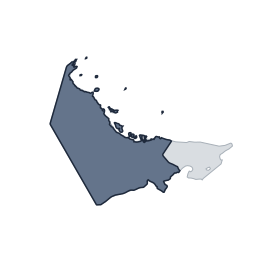 where Abu Dhabi sits in United Arab Emirates, rotated 52°
{"feature_id": "ARE-349", "entity_name": "Abu Dhabi", "entity_type": "Emirate", "adm_level": 1, "iso_a3": "ARE", "parent_name": "United Arab Emirates", "parent_adm1": "", "projection": "robinson", "projection_center": [53.623, 23.935], "detail": "fine", "context": "in_parent", "style": "filled", "palette": "slate", "viewbox_px": 256, "rotation_deg": 52, "n_neighbors": 0, "source": "natural_earth", "source_scale": "10m", "svg_char_len": 8131}
<svg xmlns="http://www.w3.org/2000/svg" viewBox="0 0 256 256"><g transform="rotate(52 128 128)"><path d="M211.2,73.4L213.6,76.8L214.1,99.8L214.6,101.5L213.4,101.7L212.0,103.5L210.3,106.2L208.1,107.6L206.3,109.1L204.6,111.1L203.0,111.5L201.0,109.0L199.7,106.5L200.0,105.9L200.9,105.8L201.3,104.5L200.7,102.6L199.4,101.8L197.7,101.8L196.1,102.6L194.3,104.3L193.4,106.1L193.2,109.7L193.7,113.8L193.7,115.8L192.8,118.3L192.4,121.9L193.1,124.7L193.7,126.4L193.8,127.8L192.2,132.3L193.6,133.1L198.3,133.4L199.6,136.4L200.6,138.5L200.3,139.8L197.0,140.7L192.9,141.7L189.9,141.4L184.6,142.8L181.7,144.9L182.6,146.2L183.6,147.2L184.0,150.0L183.2,153.9L181.7,157.8L179.8,162.5L177.6,168.0L174.7,176.3L172.2,182.8L171.9,187.4L172.0,190.5L171.7,196.6L169.3,199.9L168.8,200.0L165.9,199.6L164.9,199.5L162.2,199.1L157.9,198.5L152.4,197.7L145.9,196.8L138.6,195.8L130.9,194.7L122.8,193.5L114.8,192.4L107.0,191.3L99.8,190.3L93.2,189.4L87.7,188.6L83.5,188.0L80.8,187.6L79.8,187.5L76.8,187.0L75.1,184.8L73.1,182.0L71.2,179.3L69.2,176.5L67.2,173.8L65.2,171.1L63.3,168.3L61.3,165.6L59.3,162.8L57.3,160.1L55.4,157.4L53.4,154.6L51.4,151.9L49.4,149.2L47.5,146.4L45.5,143.7L43.5,140.9L42.2,139.1L41.5,137.0L41.4,131.6L41.4,130.4L42.7,128.3L43.3,129.8L44.8,131.9L47.3,131.4L48.5,131.8L49.4,139.3L51.2,141.9L53.5,143.0L61.1,143.6L65.9,142.6L75.3,137.7L80.2,135.9L93.8,136.2L104.7,138.3L121.7,139.5L125.0,139.2L134.2,135.2L139.8,131.8L143.1,130.8L145.3,127.4L146.8,123.1L148.1,120.2L149.7,118.8L151.3,116.4L152.5,112.5L155.7,108.5L168.3,98.9L175.6,90.7L176.3,88.1L180.3,84.1L183.5,79.8L198.4,67.4L201.4,62.3L203.1,56.6L203.3,56.2L204.6,55.9L206.5,56.8L206.7,61.1L206.0,65.1L206.0,69.4L205.7,71.7L207.1,73.6L209.5,74.5L210.5,74.4L211.2,73.4ZM210.8,90.8L211.0,89.0L210.6,88.0L209.0,87.9L208.4,89.4L208.2,91.7L209.3,91.9L210.8,90.8ZM126.3,135.0L126.3,136.4L122.6,136.0L121.6,136.7L118.6,136.3L115.7,135.3L117.7,133.6L122.9,131.6L125.0,133.4L126.3,135.0ZM104.8,131.6L102.2,131.8L99.7,130.2L104.8,128.1L106.2,127.2L107.7,125.2L108.9,126.9L107.6,129.5L106.6,130.7L104.8,131.6ZM145.6,123.9L145.3,124.7L144.3,124.6L141.7,123.9L140.9,122.7L142.5,121.3L143.2,121.2L144.2,122.7L145.6,123.9ZM79.1,130.3L78.5,130.6L77.8,128.4L77.9,127.7L79.5,126.7L80.6,128.5L79.1,130.3Z" fill="#d9dde1" stroke="#a8b0b8" stroke-width="1"/><path d="M193.6,113.4L194.1,114.7L194.2,115.5L193.2,116.5L193.0,117.9L192.5,118.5L192.1,119.1L192.2,119.9L192.6,121.7L192.6,124.0L192.7,124.6L192.9,124.9L193.6,125.4L193.9,125.8L194.0,126.1L193.9,128.2L193.6,128.8L192.3,131.4L192.0,132.1L192.0,132.8L192.5,133.0L194.7,133.5L195.3,133.6L197.3,132.7L198.4,133.2L199.0,134.7L199.4,136.5L200.8,139.0L200.4,139.7L198.1,140.3L193.9,142.1L193.2,142.0L192.3,141.2L191.7,141.3L191.1,141.6L190.5,141.6L189.3,141.4L188.1,141.4L187.1,141.6L186.1,142.0L184.4,143.0L182.9,143.6L181.3,143.9L181.2,144.6L181.5,145.3L182.1,145.9L183.4,146.7L184.0,147.6L184.1,148.8L184.3,152.0L184.1,152.6L182.4,155.2L182.1,155.9L180.9,161.1L180.5,161.9L179.1,163.5L178.4,164.6L178.0,166.0L177.3,170.2L176.5,172.7L173.1,179.1L172.0,183.2L171.9,184.4L172.1,190.5L171.7,196.6L169.3,200.0L168.8,200.1L77.8,187.1L76.9,186.8L76.2,186.1L42.2,139.1L41.7,138.1L41.5,137.1L41.6,133.3L41.4,131.7L42.2,130.5L42.2,128.7L41.6,127.2L42.3,126.3L42.6,127.0L43.4,128.2L43.5,129.0L43.5,131.5L43.7,132.9L44.2,133.3L44.8,132.7L45.1,130.8L45.4,131.3L45.7,132.6L45.9,133.0L46.1,133.1L46.4,133.2L46.7,133.1L46.9,132.9L47.0,132.7L46.8,132.6L47.5,130.8L48.2,130.3L49.0,131.5L49.0,132.4L48.7,135.0L48.7,136.0L49.2,138.1L49.1,139.9L49.2,140.4L49.6,141.2L49.6,141.6L50.0,142.4L50.9,142.6L52.6,142.7L53.0,142.8L53.3,143.0L54.3,143.9L54.6,143.9L54.7,143.7L54.5,143.4L54.4,142.9L55.2,142.8L57.2,142.9L57.5,142.8L58.2,143.4L59.3,143.9L61.1,143.6L61.7,143.8L62.1,143.6L62.5,143.8L63.0,143.5L64.9,143.5L65.5,143.3L66.9,142.3L67.5,142.2L68.7,142.2L69.1,142.1L70.5,140.8L71.6,140.5L72.3,140.2L72.9,139.8L73.3,138.9L74.4,138.4L76.0,136.9L76.7,136.5L77.2,136.4L77.6,136.0L77.8,134.1L78.5,133.6L79.1,133.9L79.7,134.5L81.0,136.4L81.4,136.5L81.7,136.2L82.0,136.0L82.8,136.1L84.3,136.5L85.0,136.6L85.5,136.6L86.7,136.0L87.1,136.0L87.9,136.4L91.0,136.6L92.6,136.0L92.8,135.9L92.9,135.5L93.1,135.5L93.3,135.6L93.6,136.0L94.6,137.0L95.3,137.3L96.7,136.6L97.5,136.9L98.1,137.3L98.7,137.2L98.3,136.9L98.1,136.5L98.0,135.5L98.8,135.3L99.8,135.7L100.6,136.5L101.2,137.2L101.7,138.1L102.0,138.3L104.0,138.4L108.6,137.4L108.9,137.4L109.2,137.6L109.7,138.2L110.1,138.5L110.6,138.6L111.1,138.6L111.6,138.4L112.2,138.9L112.9,139.2L113.5,140.1L113.8,140.4L114.1,140.4L114.9,140.4L115.5,140.0L116.5,140.4L118.2,139.5L119.2,139.8L123.6,139.8L124.5,139.7L124.9,139.3L127.1,138.1L129.4,137.7L130.1,137.3L130.8,137.1L131.8,136.6L133.3,136.4L134.4,135.5L135.0,134.8L135.2,134.2L135.6,133.9L138.0,133.2L139.9,131.7L140.2,131.6L140.5,131.1L141.2,131.1L142.6,131.8L142.9,131.3L144.2,130.2L144.9,129.2L146.3,126.2L146.1,125.1L146.2,124.6L146.8,124.3L146.3,124.0L146.3,123.7L146.9,123.8L147.8,124.2L148.3,124.3L148.1,123.8L147.4,123.1L147.3,122.6L148.9,123.3L149.3,123.7L149.5,123.7L149.4,122.6L148.7,122.3L147.8,122.2L146.8,122.0L144.7,120.5L143.9,120.3L143.9,120.0L144.3,119.9L144.7,119.6L145.1,119.1L145.3,119.7L145.6,120.0L145.5,119.6L145.6,119.2L146.1,118.6L146.3,118.6L146.6,119.7L147.3,120.9L148.2,121.6L149.0,121.4L148.3,120.8L148.7,120.9L149.5,121.1L149.8,121.1L150.2,120.4L150.4,120.3L151.7,117.4L151.1,117.1L150.9,116.8L151.0,116.4L151.6,116.3L152.0,116.0L152.1,115.5L152.3,114.9L153.0,114.6L153.0,114.3L152.6,114.1L152.2,112.6L152.4,112.3L151.9,111.8L152.0,111.1L152.3,110.7L153.7,109.7L154.1,109.0L154.3,108.8L155.4,109.4L155.9,109.3L156.5,108.9L156.6,108.3L156.2,107.7L160.1,105.3L161.8,103.9L162.9,102.8L163.6,102.3L165.0,101.9L165.3,102.3L169.8,115.8L170.1,116.6L170.6,117.2L171.3,117.4L172.0,117.5L179.6,117.2L180.6,117.0L181.7,116.5L184.1,115.1L188.1,113.3L188.9,112.8L191.7,113.5L193.2,113.5L193.6,113.4ZM117.5,135.9L115.9,135.7L115.5,135.5L115.5,135.2L116.0,134.6L116.5,134.3L117.7,133.8L118.4,133.1L118.9,132.8L119.5,132.6L119.8,132.6L120.6,132.9L120.8,132.8L121.7,132.0L123.1,131.4L123.4,130.9L123.6,131.4L123.4,131.8L123.9,132.6L125.0,133.3L126.2,133.6L127.2,134.0L127.6,135.2L127.1,136.1L126.0,136.6L124.7,136.5L123.6,136.0L123.7,135.7L123.4,135.1L123.0,135.0L122.6,135.8L122.9,136.0L121.9,136.7L120.7,137.0L119.6,136.8L117.5,135.9ZM104.5,131.4L104.0,130.8L103.5,130.7L102.8,130.3L102.4,131.0L100.6,130.7L99.6,130.9L99.5,130.6L99.5,130.4L99.8,129.8L99.9,129.7L101.2,130.0L101.6,130.0L102.5,129.5L102.9,129.2L104.7,128.4L105.0,128.4L105.4,129.0L105.7,129.2L106.1,129.1L106.1,128.6L106.1,128.2L105.9,127.7L107.2,125.6L107.9,125.1L108.1,126.0L109.0,126.5L108.7,128.1L108.3,128.7L106.8,129.4L106.2,129.8L105.3,129.9L104.8,130.3L104.8,130.8L104.5,131.4ZM77.0,128.7L78.0,127.3L78.9,126.8L79.7,127.1L80.1,127.7L80.3,128.8L80.2,129.5L79.5,130.5L78.2,131.8L77.7,131.3L76.9,129.6L77.0,128.7ZM144.3,124.6L140.9,123.5L140.9,122.8L142.3,121.4L142.9,120.6L143.1,120.6L142.9,121.4L143.1,122.2L143.8,122.7L145.1,123.5L145.7,124.2L145.8,124.6L145.3,124.8L144.3,124.6ZM135.7,132.9L135.4,132.2L134.6,131.8L133.7,131.5L132.9,131.0L132.5,130.0L133.0,129.1L133.8,128.7L134.3,129.2L135.6,130.8L136.0,131.8L135.7,132.9ZM138.4,130.1L138.1,130.4L137.5,130.6L137.1,130.6L136.8,130.5L136.2,129.7L135.4,129.2L135.5,128.3L135.8,127.9L136.2,127.6L136.7,127.4L137.2,127.5L137.9,128.8L138.7,129.7L138.4,130.1ZM68.1,119.9L68.9,120.4L69.1,121.4L68.6,122.3L68.2,122.5L67.7,122.2L67.1,121.6L67.1,121.1L67.7,120.1L68.1,119.9ZM140.6,126.8L140.9,127.2L140.9,127.8L140.6,129.0L140.0,129.3L139.0,127.5L138.9,127.2L139.1,127.1L139.5,127.2L140.1,127.6L140.1,127.4L140.0,127.1L139.5,126.7L139.4,126.3L139.8,126.3L140.6,126.8ZM136.4,90.2L137.1,90.4L137.4,91.9L137.0,91.6L136.5,91.6L135.9,90.9L136.4,90.2ZM57.1,131.8L57.5,131.6L57.8,132.1L57.7,132.4L57.8,132.6L57.5,133.2L57.2,133.6L56.7,133.2L56.8,132.9L56.8,132.5L57.1,131.8ZM95.1,105.0L95.7,105.2L95.9,105.9L95.7,106.7L95.5,106.3L95.2,105.9L95.0,105.4L95.1,105.0ZM47.0,117.0L47.4,117.3L47.6,117.7L47.2,118.8L47.0,118.6L47.0,118.0L47.1,117.8L46.9,117.5L46.8,117.8L46.6,117.6L46.6,117.2L46.8,117.0L47.0,117.0Z" fill="#64748b" stroke="#1e293b" stroke-width="1.5"/></g></svg>